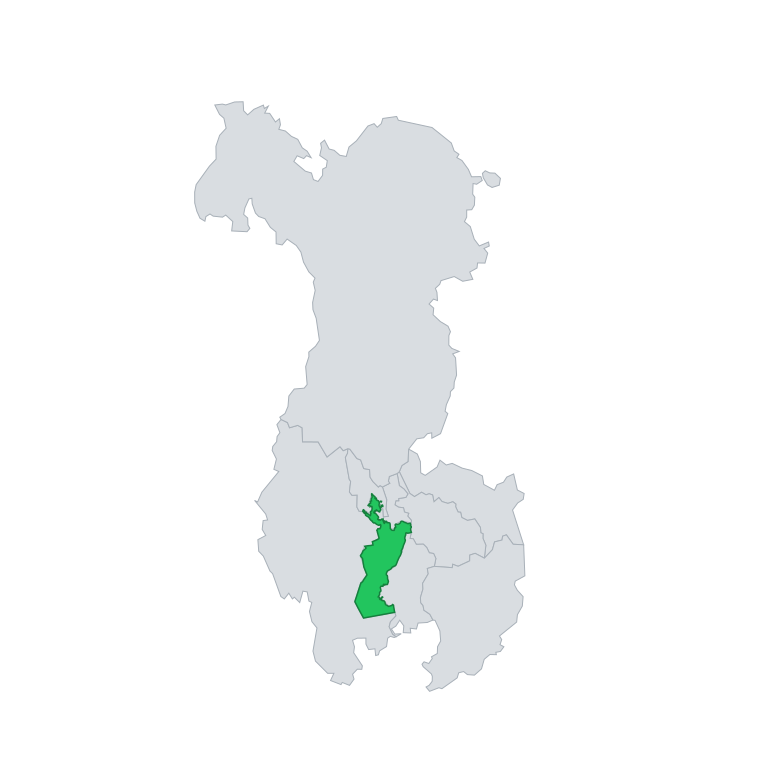 map of Uzbekistan with Kazakhstan, Pakistan, Afghanistan and 5 others greyed out, rotated 257°
{"feature_id": "UZB", "entity_name": "Uzbekistan", "entity_type": "country or territory", "adm_level": 0, "iso_a3": "UZB", "parent_name": "Asia", "parent_adm1": "", "projection": "robinson", "projection_center": [66.075, 41.364], "detail": "fine", "context": "with_neighbors", "style": "filled", "palette": "green", "viewbox_px": 768, "rotation_deg": 257, "n_neighbors": 8, "source": "natural_earth", "source_scale": "50m", "svg_char_len": 13922}
<svg xmlns="http://www.w3.org/2000/svg" viewBox="0 0 768 768"><g transform="rotate(257 384 384)"><path d="M372.6,275.7L368.1,281.3L362.6,282.1L363.1,290.6L359.7,294.4L346.0,291.6L342.4,306.8L325.7,312.1L332.8,327.0L328.2,329.3L329.1,334.2L324.7,332.9L321.0,329.8L299.1,328.7L296.6,329.6L286.6,326.0L282.7,327.8L281.8,332.9L270.2,329.9L265.7,331.1L264.2,334.9L251.1,342.5L248.1,348.6L245.4,348.7L243.5,344.6L234.5,344.3L233.1,337.3L229.7,337.2L230.2,328.6L221.9,322.3L201.9,324.2L195.4,316.5L178.2,306.4L160.3,311.4L159.1,343.1L155.4,343.5L150.9,336.8L146.3,334.4L138.2,336.2L135.0,339.0L134.7,336.9L136.7,333.4L135.5,330.4L127.6,327.4L125.0,319.7L121.4,317.6L121.3,314.8L128.0,315.6L128.7,309.3L134.6,307.9L140.5,309.2L142.3,300.9L141.4,295.7L134.6,296.1L129.0,294.0L114.3,299.5L111.0,298.2L112.1,293.8L108.3,288.1L103.2,288.4L98.1,282.6L102.6,276.2L100.8,274.5L107.1,265.2L113.4,270.1L114.8,264.0L129.4,254.9L139.7,254.7L161.4,263.8L168.6,260.3L179.1,260.2L187.4,264.5L189.4,262.0L198.7,262.4L200.4,258.4L190.0,252.7L196.4,248.7L195.2,246.4L201.6,244.2L197.0,238.5L200.1,235.7L224.3,232.8L227.4,230.8L243.5,227.7L249.2,224.3L260.7,226.1L263.0,234.7L269.7,232.6L278.1,235.5L277.7,240.0L283.9,239.5L299.7,231.7L297.5,234.3L306.1,240.7L322.4,261.8L325.6,257.5L335.1,262.3L344.4,260.1L348.2,261.6L351.9,266.4L356.8,268.0L360.0,271.6L368.5,270.5L372.6,275.7Z" fill="#d9dde1" stroke="#a8b0b8" stroke-width="1"/><path d="M315.0,393.4L308.3,400.7L300.2,402.0L289.2,399.8L285.7,403.6L291.2,417.1L297.2,421.4L291.1,426.4L291.3,432.6L284.4,441.3L279.9,450.1L272.3,459.2L263.7,458.6L255.6,467.7L260.5,471.6L261.4,478.3L265.7,482.7L267.2,490.1L250.7,490.1L245.8,495.9L240.3,493.7L238.0,487.5L232.3,480.9L195.9,483.9L198.8,473.8L209.5,469.3L209.0,465.3L205.4,463.9L205.3,456.2L198.2,452.4L191.7,442.6L204.0,447.0L211.4,445.7L215.8,446.8L217.3,444.9L222.5,445.7L232.1,442.1L232.3,434.7L236.4,429.8L241.8,429.8L242.6,427.4L248.2,426.2L250.9,427.0L253.8,424.6L253.3,419.4L256.4,414.1L261.0,411.9L258.0,406.2L265.0,406.4L266.9,403.3L266.6,400.0L270.1,396.3L267.4,388.4L271.5,384.6L295.1,379.2L300.6,383.2L303.0,389.9L315.0,393.4Z" fill="#d9dde1" stroke="#a8b0b8" stroke-width="1"/><path d="M233.2,377.2L237.2,377.3L244.8,380.1L250.0,377.4L252.4,379.0L254.7,375.1L259.0,375.2L260.7,370.5L263.8,367.5L267.6,369.4L266.9,372.1L269.1,372.5L268.6,379.8L271.5,382.6L277.1,379.9L281.5,376.1L293.8,376.7L295.1,379.2L271.5,384.6L267.4,388.4L270.1,396.3L266.6,400.0L266.9,403.3L265.0,406.4L258.0,406.2L261.0,411.9L256.4,414.1L253.3,419.4L253.8,424.6L250.9,427.0L248.2,426.2L242.6,427.4L241.8,429.8L236.4,429.8L232.3,434.7L232.1,442.1L222.5,445.7L217.3,444.9L215.8,446.8L211.4,445.7L204.0,447.0L191.7,442.6L198.5,434.7L198.0,429.1L192.4,427.7L189.7,415.2L192.9,410.4L189.7,409.2L195.0,392.0L202.3,395.3L207.7,394.2L209.3,390.2L215.0,388.9L219.1,386.3L220.5,379.4L226.6,377.7L227.7,374.6L233.2,377.2Z" fill="#d9dde1" stroke="#a8b0b8" stroke-width="1"/><path d="M242.6,379.1L246.6,370.3L245.0,363.9L239.8,361.8L241.6,358.0L247.5,358.4L253.0,348.1L262.4,346.1L261.0,350.1L262.0,352.5L264.9,352.3L262.4,354.9L254.7,353.5L254.1,358.5L261.8,357.8L270.6,360.6L284.0,359.3L286.0,367.3L288.3,366.4L292.7,368.4L293.8,376.7L281.5,376.1L277.1,379.9L271.5,382.6L268.6,379.8L269.1,372.5L266.9,372.1L267.6,369.4L263.8,367.5L260.7,370.5L259.0,375.2L254.7,375.1L252.4,379.0L250.0,377.4L244.8,380.1L242.6,379.1Z" fill="#d9dde1" stroke="#a8b0b8" stroke-width="1"/><path d="M264.2,334.9L265.7,331.1L270.2,329.9L281.8,332.9L282.7,327.8L286.6,326.0L296.6,329.6L299.1,328.7L321.0,329.8L324.7,332.9L329.1,334.2L328.2,336.1L317.5,340.8L315.2,344.2L306.2,345.2L303.8,350.7L296.3,349.5L291.5,351.2L284.9,355.3L285.9,357.3L284.0,359.3L270.6,360.6L261.8,357.8L254.1,358.5L254.7,353.5L262.4,354.9L264.9,352.3L270.3,353.1L279.2,346.9L270.7,342.4L265.8,344.5L260.5,341.3L266.3,335.7L264.2,334.9Z" fill="#d9dde1" stroke="#a8b0b8" stroke-width="1"/><path d="M135.0,339.0L138.2,336.2L146.3,334.4L150.9,336.8L155.4,343.5L167.0,343.0L166.0,338.7L172.1,335.7L178.2,330.7L187.4,335.3L188.0,342.1L190.6,343.9L198.2,343.5L200.6,345.0L203.9,353.9L216.5,364.0L233.4,371.9L233.2,377.2L227.7,374.6L226.6,377.7L220.5,379.4L219.1,386.3L215.0,388.9L209.3,390.2L207.7,394.2L202.3,395.3L195.0,392.0L194.5,384.7L189.1,384.4L181.1,376.8L175.4,375.8L167.6,371.4L162.6,370.6L159.4,372.2L154.6,372.0L149.3,376.9L143.0,378.6L141.9,372.5L143.4,363.4L138.0,360.5L140.1,354.6L135.4,354.1L137.4,346.8L143.9,348.9L150.3,346.2L145.4,341.0L143.7,336.1L137.9,338.3L136.8,344.6L135.0,339.0Z" fill="#d9dde1" stroke="#a8b0b8" stroke-width="1"/><path d="M101.0,441.7L97.2,437.2L97.4,432.6L95.0,432.6L96.6,426.3L93.2,419.7L84.5,414.9L80.0,406.6L82.1,399.9L85.9,396.9L85.8,391.8L81.2,389.2L74.1,371.9L75.7,369.2L74.3,359.3L79.3,356.8L80.2,360.1L83.5,364.1L88.2,365.3L90.8,365.0L99.7,358.6L102.4,358.0L104.3,360.5L101.6,364.8L105.7,369.3L107.5,368.9L109.4,375.3L116.0,377.1L120.8,381.4L130.9,382.9L142.2,380.6L143.0,378.6L149.3,376.9L154.6,372.0L159.4,372.2L162.6,370.6L167.6,371.4L175.4,375.8L181.1,376.8L189.1,384.4L194.5,384.7L195.0,392.0L189.7,409.2L192.9,410.4L189.7,415.2L192.4,427.7L198.0,429.1L198.5,434.7L191.7,442.6L198.2,452.4L205.3,456.2L205.4,463.9L209.0,465.3L209.5,469.3L198.8,473.8L195.9,483.9L165.4,478.1L162.4,467.5L158.9,465.9L153.1,467.5L145.5,471.7L136.5,468.8L129.2,462.1L122.2,459.7L112.5,439.8L108.5,441.2L103.9,438.4L101.0,441.7Z" fill="#d9dde1" stroke="#a8b0b8" stroke-width="1"/><path d="M558.2,543.7L551.8,541.0L551.2,533.5L554.7,529.6L562.7,527.1L567.1,527.3L569.0,530.6L565.9,534.5L564.5,539.5L558.2,543.7ZM329.1,334.2L328.2,329.3L332.8,327.0L325.7,312.1L342.4,306.8L346.0,291.6L359.7,294.4L363.1,290.6L362.6,282.1L368.1,281.3L372.6,275.7L375.1,275.0L377.5,280.9L383.7,285.4L393.7,288.6L399.3,295.4L397.9,305.3L400.8,309.0L418.6,311.6L427.6,317.0L432.0,317.9L436.2,325.8L441.0,330.9L463.3,332.7L472.4,331.5L479.5,332.8L490.7,338.0L499.2,338.0L502.7,340.6L510.1,336.0L520.8,333.0L531.2,332.7L538.7,329.7L547.0,322.2L542.4,316.1L544.9,310.5L556.4,313.0L562.2,308.5L571.8,305.2L575.4,299.6L579.5,297.2L589.1,296.1L594.7,297.0L594.7,294.0L586.9,288.1L580.8,285.4L576.4,288.5L569.4,287.2L565.8,288.3L563.2,284.8L567.4,270.0L576.3,273.2L584.2,267.8L582.9,264.2L586.0,255.3L588.8,252.7L587.2,248.1L582.9,246.1L586.9,242.0L594.5,240.5L603.0,240.3L613.6,242.7L620.5,245.8L635.5,262.9L640.9,271.0L653.4,273.7L663.3,279.8L668.7,287.7L679.0,287.8L683.7,284.4L693.9,281.9L693.1,289.5L691.5,292.6L692.4,301.9L690.7,310.2L681.8,308.7L676.9,311.7L680.9,319.0L682.9,329.2L679.4,329.4L680.8,333.8L674.8,328.7L673.4,333.5L663.7,337.2L666.0,341.8L659.9,341.4L655.8,338.8L652.7,344.8L646.1,349.5L641.8,355.0L632.5,357.5L628.1,361.5L620.9,363.9L623.9,359.9L621.7,356.5L625.9,350.7L621.1,346.2L609.1,355.2L605.9,360.8L599.0,361.2L596.2,365.3L601.1,371.1L607.2,372.6L608.2,376.5L614.4,379.0L621.1,372.8L628.2,376.2L632.8,376.4L635.0,380.9L625.3,383.4L622.9,388.0L616.8,392.4L614.2,398.4L622.8,403.2L627.1,411.8L639.0,426.4L639.9,432.9L635.7,435.2L638.3,439.9L643.0,442.6L641.8,456.5L637.8,457.3L623.1,488.5L603.7,503.8L595.3,504.8L591.0,508.7L588.2,505.9L584.3,510.2L574.1,514.5L566.2,515.9L564.3,525.0L560.2,525.5L557.8,519.2L559.3,515.9L549.0,513.1L545.6,514.5L537.9,512.3L534.1,508.7L534.9,503.7L528.0,502.1L524.1,498.9L518.0,503.5L504.8,504.5L497.1,507.9L498.8,517.8L494.8,517.6L493.6,511.9L488.2,514.5L479.1,509.6L480.9,502.4L476.1,500.7L473.8,492.7L466.0,494.1L466.4,483.8L472.9,476.6L471.9,462.8L468.6,460.7L465.7,455.6L461.4,456.2L453.3,454.9L455.6,451.3L451.8,445.9L446.7,449.5L440.4,447.4L432.2,452.9L425.9,459.4L420.0,460.5L416.6,458.1L407.3,455.9L403.4,458.1L398.8,464.6L397.9,457.7L393.4,459.6L376.3,456.7L370.1,452.9L364.3,451.2L361.6,447.0L357.4,445.8L349.8,440.1L343.7,437.4L340.8,439.5L322.9,427.9L320.4,418.4L325.7,419.5L325.8,415.1L322.7,410.6L323.2,403.6L315.0,393.4L303.0,389.9L300.6,383.2L295.1,379.2L293.8,376.7L292.7,368.4L288.3,366.4L286.0,367.3L284.0,359.3L285.9,357.3L284.9,355.3L291.5,351.2L296.3,349.5L303.8,350.7L306.2,345.2L315.2,344.2L317.5,340.8L328.2,336.1L329.1,334.2Z" fill="#d9dde1" stroke="#a8b0b8" stroke-width="1"/><path d="M264.1,335.0L264.3,334.9L264.7,334.7L265.4,335.0L266.0,335.4L266.1,335.6L266.1,335.8L264.7,336.5L263.9,336.8L263.5,336.9L263.4,337.0L263.1,337.8L262.6,338.0L261.9,338.2L261.5,338.6L260.7,339.5L258.8,340.9L258.8,341.1L259.0,341.3L259.6,341.5L260.5,341.9L260.9,342.2L262.1,341.8L262.4,341.9L262.8,342.3L263.1,343.5L263.7,343.8L264.4,344.1L264.8,344.2L265.4,344.5L266.2,344.6L266.8,344.5L267.4,344.7L267.5,344.6L267.6,342.8L268.1,343.1L268.5,343.1L268.7,342.9L268.9,342.6L269.0,342.0L268.8,341.4L269.1,341.2L269.3,341.1L269.5,341.3L269.5,341.9L269.9,342.1L270.2,342.2L270.4,342.7L270.7,343.1L270.8,344.1L271.4,344.2L272.1,344.4L272.5,344.2L272.8,344.3L273.0,344.7L273.0,345.2L273.0,345.5L273.8,345.4L274.3,345.4L274.7,345.6L275.3,345.9L276.1,346.8L276.4,346.9L277.6,347.0L277.9,347.1L278.3,347.1L278.7,347.0L279.7,347.2L279.8,347.4L279.6,347.6L277.3,348.8L277.1,349.1L276.6,349.6L276.1,349.8L275.8,349.9L274.7,349.4L274.5,349.5L274.4,349.7L274.5,349.9L274.7,350.4L274.6,350.7L274.4,350.9L273.7,350.7L273.2,350.5L272.8,350.6L272.0,351.4L271.7,351.9L271.6,352.1L271.2,352.3L270.8,352.3L270.3,352.7L269.8,353.0L269.6,352.8L269.4,352.6L268.9,352.6L268.5,352.6L268.1,352.3L267.5,352.0L267.0,351.9L265.5,352.0L264.8,352.2L264.5,352.3L264.1,352.3L262.4,352.6L262.0,352.5L261.8,352.1L261.5,351.6L261.1,351.4L260.6,351.3L260.4,351.1L260.4,350.8L260.4,350.6L262.6,348.7L262.8,348.4L263.0,348.2L262.2,347.7L262.3,347.4L262.3,347.1L261.7,346.5L260.8,345.6L260.5,345.5L260.3,345.5L259.9,346.5L259.7,346.7L258.6,347.3L256.1,348.5L255.7,348.7L255.4,348.7L255.1,348.5L254.2,347.8L253.6,347.5L253.2,347.8L252.8,348.1L252.9,348.9L252.5,349.3L252.1,349.5L252.9,351.5L252.8,351.8L252.3,351.9L252.7,352.7L252.3,352.7L251.5,352.6L250.4,352.4L248.3,352.8L248.1,352.9L248.1,353.1L249.2,353.3L250.2,353.2L250.5,353.3L250.5,353.6L250.4,353.7L250.1,353.8L249.4,353.9L249.3,354.1L249.2,354.2L249.5,354.7L249.8,355.0L249.7,355.3L249.3,355.1L249.2,355.2L249.1,355.4L249.0,355.6L248.9,355.8L248.5,355.7L248.2,355.8L248.0,356.6L247.8,357.5L247.3,358.1L247.0,358.4L246.5,358.4L245.8,358.4L245.4,358.3L244.2,358.1L243.0,357.9L241.7,357.6L240.5,358.2L240.1,358.5L239.9,358.8L239.6,359.0L239.1,360.9L239.2,361.1L239.5,361.3L241.0,361.7L241.2,361.9L241.4,362.1L241.4,362.9L241.6,363.1L242.1,363.2L242.8,363.2L243.4,363.1L244.0,363.2L244.5,363.3L244.7,363.6L244.8,364.0L244.1,365.9L244.2,366.6L244.4,367.6L244.8,368.4L245.6,369.1L246.2,369.6L246.3,369.9L246.3,370.2L246.2,370.7L245.9,371.4L245.5,372.0L245.0,372.3L244.4,373.1L243.9,374.1L242.8,375.4L242.5,376.1L242.4,378.2L242.1,378.8L242.1,378.6L241.7,378.4L241.0,378.4L240.6,378.3L240.4,378.0L239.8,378.1L239.0,378.5L238.1,378.3L237.2,377.4L235.4,377.1L233.3,377.3L233.2,376.4L233.2,375.2L233.3,373.5L234.0,372.3L234.0,372.0L233.8,371.8L233.6,371.6L232.3,371.2L231.9,371.1L231.4,370.7L230.7,370.2L230.2,369.9L229.3,369.6L228.5,369.4L228.0,369.5L227.6,369.7L227.2,369.7L226.8,369.6L225.2,368.7L222.9,367.0L221.1,365.9L220.0,365.3L219.7,365.1L219.1,364.6L217.5,363.2L216.5,363.4L215.0,362.5L213.6,361.6L213.3,361.4L211.8,359.8L208.7,357.5L205.8,355.6L204.9,354.8L204.6,354.6L204.4,354.0L203.9,351.5L203.4,350.3L202.6,349.7L202.0,348.5L201.5,346.7L201.1,345.5L200.7,345.0L200.0,344.4L198.9,343.7L197.9,343.4L197.5,343.4L197.3,343.5L197.1,343.6L196.7,344.1L196.1,344.1L195.6,344.1L195.2,344.0L193.9,343.8L193.5,343.6L192.7,343.7L191.0,343.9L190.6,343.9L188.8,342.8L188.0,342.3L187.9,342.1L187.9,341.7L188.2,341.1L188.4,340.7L188.3,340.2L188.0,339.7L188.0,339.2L188.3,339.0L188.7,339.0L188.9,338.9L188.9,338.6L188.6,338.4L188.3,338.0L187.3,337.6L187.1,337.4L187.2,337.2L187.4,337.0L187.4,336.6L187.5,336.0L187.6,335.8L187.6,335.5L187.5,335.4L187.2,335.1L186.6,334.6L186.0,334.6L183.8,334.6L183.1,334.4L182.6,334.1L182.1,333.0L181.8,332.8L181.6,332.7L180.9,332.6L180.2,332.5L179.8,332.4L178.9,331.4L177.9,330.5L177.5,331.3L177.1,331.5L176.2,331.4L175.6,331.3L175.2,331.5L174.8,331.8L174.9,332.0L175.2,332.2L175.7,332.6L176.6,333.7L177.0,334.3L177.0,334.5L176.8,334.7L176.4,334.7L176.3,334.2L176.0,333.7L175.7,333.5L175.3,333.3L174.9,333.2L174.2,333.0L173.9,333.0L173.6,333.2L173.3,333.6L173.1,334.3L172.6,335.2L172.3,335.5L171.4,335.8L169.3,335.8L168.6,336.1L168.2,336.4L167.3,337.5L166.8,337.9L166.3,338.4L166.3,340.0L166.5,341.9L166.9,342.4L167.1,342.6L167.2,342.8L166.8,343.1L166.4,343.5L166.1,343.5L165.3,343.4L164.7,343.3L159.1,343.0L159.3,339.1L160.4,315.4L160.6,311.4L171.0,308.5L177.8,306.8L178.5,306.7L179.3,307.1L183.9,309.9L187.6,312.1L188.6,312.7L195.1,316.6L195.5,317.0L195.7,317.9L196.1,318.5L196.8,319.3L197.6,320.0L199.2,321.7L201.7,324.4L202.3,324.4L210.2,323.2L218.7,323.8L221.3,322.6L221.9,322.4L222.6,323.0L223.8,324.3L224.5,325.0L226.0,325.9L228.2,329.6L230.2,328.7L230.1,330.6L229.9,333.1L229.6,334.5L229.6,337.1L233.0,337.2L233.1,338.1L233.3,339.4L233.7,341.5L234.2,343.4L234.5,344.2L234.8,344.4L235.2,344.5L241.7,344.2L242.2,344.4L242.6,344.2L243.1,344.1L243.7,344.9L244.0,345.2L244.4,345.5L244.0,347.0L243.9,347.4L244.4,347.9L244.7,348.2L245.7,348.7L246.5,349.0L247.1,349.1L247.7,349.0L247.9,348.7L247.8,348.2L247.5,347.8L247.5,347.2L247.7,346.8L248.8,345.4L249.6,344.7L250.5,344.0L250.9,343.5L251.0,342.6L251.7,342.1L252.3,341.8L253.2,341.6L253.4,341.1L254.5,340.4L255.2,340.0L256.1,339.8L257.3,339.3L258.2,338.7L259.1,337.6L259.8,336.9L260.4,336.5L260.9,336.5L261.3,336.8L261.6,336.9L261.8,336.7L262.1,336.3L262.5,335.7L262.8,335.5L263.5,335.4L264.1,335.0ZM262.3,346.3L262.2,346.1L262.0,345.8L261.7,345.6L261.7,345.9L262.1,346.3L262.3,346.3ZM266.4,355.3L266.0,355.4L265.4,355.4L265.0,355.3L265.2,354.6L265.2,354.4L264.7,354.0L264.6,353.6L264.7,353.2L264.9,353.0L265.0,353.1L265.4,353.7L265.8,353.8L266.5,353.9L266.2,354.5L266.4,355.2L266.4,355.3ZM270.4,354.8L270.2,355.2L269.9,355.1L269.6,354.8L269.7,354.6L270.1,354.5L270.3,354.4L270.5,354.4L270.4,354.8Z" fill="#22c55e" stroke="#15803d" stroke-width="1.5"/></g></svg>